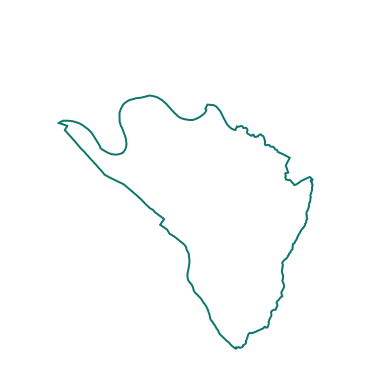 the district of Gardani, Maramures, Romania, rotated 221°
{"feature_id": "2599482B85171086128342", "entity_name": "Gardani", "entity_type": "district", "adm_level": 2, "iso_a3": "ROU", "parent_name": "Romania", "parent_adm1": "Maramures", "projection": "robinson", "projection_center": [23.284, 47.559], "detail": "fine", "context": "isolated", "style": "outline", "palette": "teal", "viewbox_px": 384, "rotation_deg": 221, "n_neighbors": 0, "source": "geoboundaries", "source_scale": "gbopen_adm2", "svg_char_len": 5947}
<svg xmlns="http://www.w3.org/2000/svg" viewBox="0 0 384 384"><g transform="rotate(221 192 192)"><path d="M237.7,268.1L236.5,263.5L235.2,263.5L234.6,262.5L234.3,261.3L234.2,259.0L235.2,254.4L236.0,251.9L238.0,247.9L239.0,246.5L240.4,245.3L243.1,243.4L246.5,241.5L249.7,240.3L251.6,240.0L255.4,240.1L260.6,240.5L269.6,241.7L274.7,241.7L278.4,241.1L280.2,240.7L283.3,239.4L286.4,237.6L287.6,236.6L292.1,230.0L295.4,226.5L299.8,219.9L301.0,215.6L301.3,212.9L300.9,210.7L300.1,207.8L299.0,204.9L298.2,203.6L292.8,197.7L290.3,196.0L288.8,195.2L287.1,194.6L278.6,190.0L276.7,188.7L272.8,185.1L271.2,182.6L270.4,180.6L269.9,177.4L270.0,176.3L270.6,174.8L272.3,172.0L274.3,170.0L277.5,167.8L279.3,167.1L282.2,166.2L288.6,165.0L290.0,165.1L291.3,166.1L301.3,169.3L304.1,170.1L306.1,170.7L311.0,171.2L317.8,170.7L320.9,170.2L323.0,169.6L328.5,167.1L332.3,164.5L336.0,161.3L337.3,158.4L337.8,156.7L329.6,160.1L329.1,158.3L329.0,157.1L328.7,156.1L328.4,155.1L327.3,155.1L321.9,154.4L318.7,154.1L318.3,154.0L316.2,153.6L314.8,153.6L309.6,152.8L306.2,152.2L302.6,151.8L300.4,151.8L299.3,151.6L297.3,151.4L296.4,151.0L295.1,151.1L293.8,151.0L291.7,150.5L290.2,150.4L281.6,149.5L278.1,148.9L275.3,148.7L270.1,147.9L269.7,147.7L268.8,147.8L263.0,149.1L248.5,153.0L231.8,153.2L225.0,153.0L222.0,152.7L219.0,152.4L212.9,152.2L212.5,152.2L212.1,152.4L210.9,152.7L209.4,152.9L208.7,152.8L207.3,152.4L195.3,153.3L194.5,146.4L186.5,147.3L185.8,147.2L183.7,146.5L181.9,145.8L181.4,145.8L178.7,146.4L174.5,146.9L169.7,147.0L164.9,147.3L163.4,147.2L161.9,147.0L160.4,146.6L158.7,145.2L158.1,144.8L155.3,143.9L153.7,143.1L153.4,142.8L152.2,141.5L148.7,138.5L148.4,138.1L145.3,133.5L144.7,132.4L143.0,129.6L141.8,127.4L141.2,126.5L138.3,123.7L136.9,123.0L135.9,122.6L131.0,121.7L128.6,120.6L126.6,119.1L125.4,118.5L125.1,118.5L123.7,118.1L122.8,118.0L119.7,117.9L119.4,117.9L118.8,117.7L116.6,117.6L114.1,117.1L112.7,116.7L111.2,116.1L109.5,115.9L108.2,115.5L107.2,115.4L106.0,114.9L102.2,113.2L100.0,111.8L98.5,111.1L95.4,108.5L94.1,107.9L92.8,107.6L91.2,107.5L90.1,107.0L87.1,106.3L84.2,105.2L81.6,104.6L79.7,103.7L78.4,103.2L77.0,102.9L70.9,102.6L67.7,102.5L64.5,102.6L62.9,102.2L61.5,102.1L57.8,102.2L56.3,102.4L56.1,102.6L56.0,103.0L56.2,103.4L56.6,103.7L56.7,103.9L56.5,104.0L56.0,104.0L55.7,104.2L55.4,104.6L55.1,105.6L54.0,105.6L53.5,106.0L53.2,106.4L52.3,108.3L52.2,108.6L52.3,108.9L52.9,109.5L52.9,109.8L52.5,110.7L52.3,111.6L52.1,112.5L52.4,113.9L52.6,114.1L53.0,114.3L53.3,114.5L54.9,118.9L55.8,120.6L56.1,122.1L56.1,122.7L56.0,123.2L55.7,123.7L54.2,125.0L53.5,125.8L52.8,127.4L51.9,128.9L51.7,129.7L51.1,131.0L50.5,132.1L48.7,136.1L48.7,136.4L48.9,137.0L48.8,137.6L48.7,138.0L48.4,138.1L47.6,138.2L47.2,138.4L46.5,138.8L46.2,139.2L46.5,140.3L46.8,141.3L47.4,142.4L47.7,143.0L49.0,144.4L49.4,145.5L49.9,146.3L50.0,147.2L50.6,149.0L50.7,150.1L50.9,150.5L51.9,151.9L53.3,152.9L53.6,153.4L53.7,154.9L53.4,155.8L52.8,156.8L51.8,158.0L51.7,158.4L52.2,159.2L52.3,160.0L52.6,160.6L52.7,161.5L53.1,162.4L53.7,163.0L55.0,163.5L55.4,163.7L55.5,164.0L55.9,165.0L56.0,165.5L55.8,168.2L56.0,169.4L56.0,170.9L55.4,172.2L55.4,172.6L55.7,172.9L56.1,172.9L57.1,173.4L58.5,174.7L58.8,175.1L59.5,178.6L60.0,180.0L60.1,180.4L60.7,181.3L63.0,183.1L63.9,183.5L64.6,183.7L65.3,184.1L65.7,184.6L66.0,185.1L66.6,186.5L67.4,187.5L68.3,188.5L69.5,189.4L70.6,189.9L72.0,190.9L73.1,192.5L73.8,193.6L73.7,193.8L74.1,194.5L74.6,194.8L74.9,195.2L75.2,196.1L75.6,196.7L77.1,197.4L77.5,198.0L77.7,199.0L77.7,199.7L77.6,202.1L77.1,203.8L77.2,204.9L77.3,205.9L77.7,206.6L77.5,207.6L78.3,208.9L78.1,210.3L78.1,211.1L78.3,211.5L78.8,212.1L78.8,212.3L78.6,214.0L78.6,214.6L78.9,215.2L79.5,215.7L79.5,216.0L80.8,217.7L81.6,218.6L81.6,219.1L81.1,220.5L81.4,221.3L81.4,221.9L81.8,222.7L81.9,224.8L82.2,225.5L82.3,225.9L82.6,226.1L82.6,227.0L82.9,227.5L83.1,228.1L83.5,229.2L83.4,229.7L83.7,230.8L83.8,231.6L83.9,232.3L84.1,232.8L84.2,233.8L84.7,235.6L84.7,235.9L84.5,236.8L84.7,238.9L84.6,239.4L84.8,240.5L85.4,241.9L85.8,242.3L85.8,243.3L86.0,244.0L86.3,244.5L87.3,245.9L87.3,247.1L87.7,247.7L88.4,247.9L88.8,248.1L89.6,249.5L90.1,249.8L90.9,250.0L91.2,250.3L91.6,251.0L92.5,252.2L92.6,252.6L92.6,253.6L92.9,254.8L93.7,256.4L94.0,257.7L94.7,258.1L95.9,260.0L96.3,260.9L96.3,261.8L98.0,264.4L98.6,265.1L98.8,265.9L100.6,267.2L100.9,268.1L101.0,268.6L101.5,269.3L102.0,270.9L103.0,272.6L104.5,274.3L105.2,275.9L105.4,276.3L106.4,276.5L106.7,276.8L106.7,277.1L107.3,277.2L107.5,277.6L107.8,277.9L108.6,278.0L109.3,277.9L109.7,278.2L109.6,278.5L109.8,278.9L109.8,279.1L109.5,279.4L109.4,279.7L108.9,279.7L109.0,280.2L109.6,280.6L110.2,280.3L111.4,280.6L112.5,280.7L113.0,280.6L116.8,272.0L117.5,268.5L118.4,265.8L119.3,264.4L119.6,264.5L121.3,264.8L125.5,265.3L126.1,265.3L126.4,265.2L126.6,264.6L127.0,264.1L128.4,263.7L129.2,263.1L129.5,263.2L130.0,263.5L131.0,264.0L131.4,264.6L131.4,265.3L131.7,265.7L133.1,266.5L133.8,267.4L132.1,269.8L138.6,273.5L140.7,281.9L146.0,280.7L146.3,280.7L149.2,279.9L153.2,278.6L153.7,278.6L154.5,279.2L155.1,279.4L157.6,278.7L158.7,279.3L160.3,279.4L160.6,279.3L161.4,278.5L163.0,277.7L163.4,277.8L164.1,278.1L164.7,278.0L165.5,277.5L166.3,276.4L167.0,275.7L167.6,275.6L168.0,275.7L168.5,276.0L168.9,276.5L169.2,277.1L169.9,278.0L171.8,279.3L173.1,280.1L173.7,280.3L174.6,280.9L175.1,280.9L176.3,280.5L178.0,280.6L178.5,279.6L178.8,278.8L178.9,278.1L178.8,277.4L178.9,276.9L179.4,276.4L180.4,275.0L180.8,274.8L181.3,274.7L181.6,274.8L182.5,275.5L183.2,275.5L183.8,274.8L183.8,274.1L184.0,273.5L184.3,273.3L185.0,273.1L186.8,272.9L188.1,272.6L188.7,272.6L189.5,272.9L190.0,273.4L190.4,274.7L190.8,275.1L191.8,275.7L192.3,275.8L192.9,275.9L193.6,275.7L194.1,275.3L194.9,274.2L195.3,274.0L196.5,274.4L197.0,274.5L197.9,274.3L198.4,273.9L199.5,272.0L200.2,271.1L201.1,270.9L199.9,267.3L200.6,266.9L202.0,266.2L203.9,265.7L206.6,265.7L209.1,265.9L210.4,266.2L216.6,268.6L223.6,271.5L229.3,272.4L232.4,271.9L237.7,268.1Z" fill="none" stroke="#0f766e" stroke-width="2"/></g></svg>